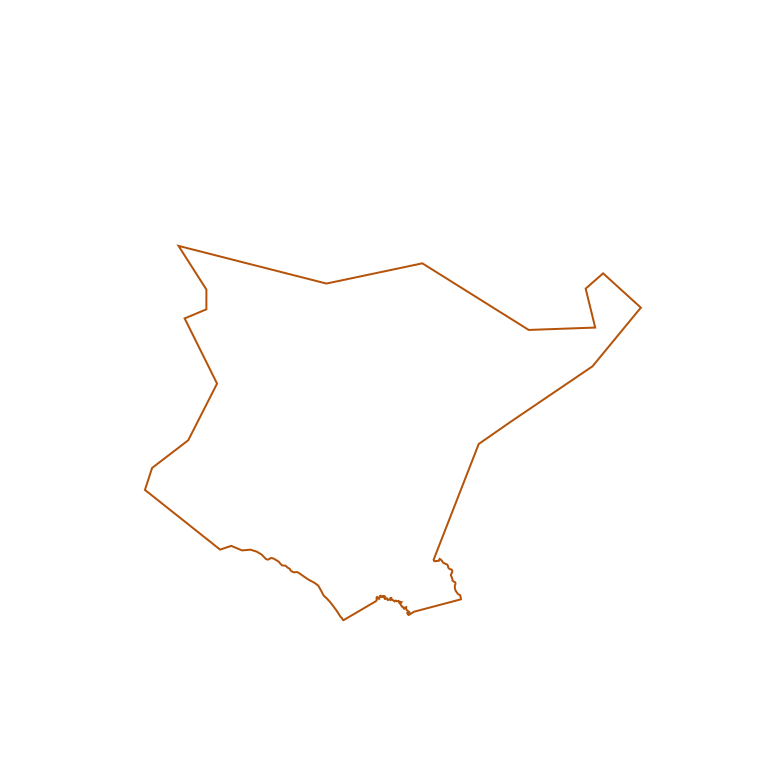 the district of Magwi, Eastern Equatoria, South Sudan, rotated 329°
{"feature_id": "79223893B80026525075144", "entity_name": "Magwi", "entity_type": "district", "adm_level": 2, "iso_a3": "SSD", "parent_name": "South Sudan", "parent_adm1": "Eastern Equatoria", "projection": "natural_earth1", "projection_center": [32.092, 3.938], "detail": "fine", "context": "isolated", "style": "outline", "palette": "amber", "viewbox_px": 768, "rotation_deg": 329, "n_neighbors": 0, "source": "geoboundaries", "source_scale": "gbopen_adm2", "svg_char_len": 2350}
<svg xmlns="http://www.w3.org/2000/svg" viewBox="0 0 768 768"><g transform="rotate(329 384 384)"><path d="M158.2,441.5L169.7,444.1L176.6,453.5L184.3,457.3L188.6,462.2L191.3,467.3L192.7,473.3L194.1,474.8L197.6,475.0L199.5,476.8L202.3,482.2L202.6,484.6L203.2,486.9L204.4,487.9L205.9,488.9L206.9,491.9L208.1,494.1L207.9,495.9L209.2,498.4L210.5,499.4L212.6,500.4L213.6,501.9L216.1,507.5L218.3,512.4L222.3,519.2L223.8,523.0L223.6,529.7L223.3,534.1L223.6,535.6L224.4,537.7L225.5,543.0L226.2,549.2L226.7,554.7L226.8,560.6L227.3,563.1L227.3,565.2L227.7,565.6L264.8,566.0L266.2,565.7L267.0,564.4L267.7,563.2L268.3,563.0L268.4,563.7L268.3,564.5L268.6,565.2L269.1,565.5L269.3,564.6L270.3,564.6L270.8,563.9L271.4,563.6L272.1,563.8L272.1,564.5L272.0,565.2L272.9,565.6L273.4,566.0L273.5,565.1L274.3,565.3L274.6,565.8L275.2,566.1L275.3,566.7L274.4,567.0L274.1,568.0L274.0,568.6L274.4,568.9L275.2,568.7L276.0,569.0L276.3,569.9L275.9,570.4L276.0,571.1L276.7,571.3L277.5,571.4L278.1,572.3L278.6,572.0L279.3,570.8L280.0,571.1L280.0,571.8L279.2,572.5L279.9,573.6L280.6,574.1L280.7,574.7L280.9,575.3L281.0,575.8L281.5,575.8L282.5,575.7L282.8,576.1L282.9,576.6L283.6,577.0L284.5,577.2L284.9,577.8L284.5,578.3L284.4,579.5L284.5,580.0L284.9,579.8L285.5,579.1L286.3,579.4L286.6,579.8L286.0,579.8L285.7,580.2L285.2,580.8L284.8,581.3L284.7,582.3L284.8,583.0L284.6,583.9L285.4,584.9L285.6,585.5L285.4,586.1L285.3,586.7L285.6,587.1L286.5,586.9L287.4,586.5L288.1,586.7L287.7,587.3L287.3,587.9L287.1,588.8L287.1,589.7L287.5,590.6L287.8,591.5L288.1,592.2L288.1,592.8L287.4,592.6L286.7,592.2L286.0,592.2L285.9,592.8L285.8,593.8L286.2,594.7L292.6,594.7L339.1,608.2L339.9,606.2L340.5,604.3L339.3,602.3L339.0,599.7L339.0,597.6L339.6,595.6L340.3,594.2L341.0,593.1L341.9,592.6L342.7,591.5L342.9,590.7L341.8,588.8L341.5,587.6L342.2,586.6L342.9,582.1L345.2,580.6L346.4,579.2L346.4,577.9L345.3,576.8L344.7,575.7L344.5,574.6L345.1,572.9L345.2,571.4L344.0,569.7L342.6,567.5L342.6,565.4L342.1,563.4L341.6,562.6L340.5,563.3L339.8,563.8L337.2,562.4L336.2,562.1L335.8,561.4L336.0,560.2L434.3,484.2L471.7,481.7L571.9,476.2L639.0,452.4L643.5,450.9L628.8,402.0L606.0,406.1L594.1,444.4L535.9,412.2L479.0,300.3L386.3,268.2L279.0,159.8L280.4,211.6L270.2,228.5L246.9,225.1L241.1,297.7L187.2,331.4L142.0,336.5L124.5,351.7L126.2,356.1L158.2,441.5Z" fill="none" stroke="#b45309" stroke-width="2"/></g></svg>